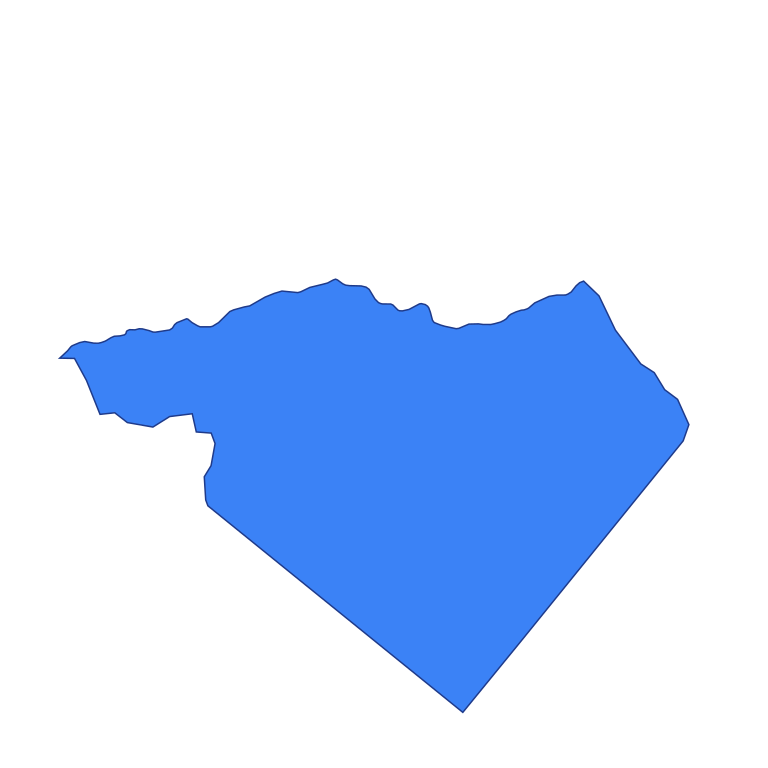 outline of Buffalo, Wisconsin, United States of America, rotated 129°
{"feature_id": "52423323B72529674503227", "entity_name": "Buffalo", "entity_type": "district", "adm_level": 2, "iso_a3": "USA", "parent_name": "United States of America", "parent_adm1": "Wisconsin", "projection": "natural_earth1", "projection_center": [-91.809, 44.311], "detail": "fine", "context": "isolated", "style": "filled", "palette": "blue", "viewbox_px": 768, "rotation_deg": 129, "n_neighbors": 0, "source": "geoboundaries", "source_scale": "gbopen_adm2", "svg_char_len": 1767}
<svg xmlns="http://www.w3.org/2000/svg" viewBox="0 0 768 768"><g transform="rotate(129 384 384)"><path d="M499.8,115.7L319.9,115.7L239.9,115.7L223.7,121.5L211.2,146.2L211.8,162.3L205.1,181.1L206.8,197.1L196.5,238.1L180.2,272.4L178.4,293.6L182.1,295.7L186.8,296.5L194.7,296.4L198.5,297.7L200.7,299.0L206.1,305.6L212.1,310.9L226.1,317.9L234.1,319.4L235.8,320.2L238.3,321.8L239.5,323.0L240.3,323.8L244.9,326.8L249.9,329.3L252.3,329.9L256.3,330.0L259.0,330.8L262.5,332.4L267.4,335.9L270.5,338.4L275.4,344.5L277.8,348.4L284.0,355.7L293.7,360.9L295.6,362.7L300.8,372.9L302.6,377.2L304.6,383.5L304.5,384.5L303.9,386.5L299.0,393.2L296.7,397.0L296.1,399.1L296.3,401.9L298.1,405.7L299.5,406.9L310.3,411.5L315.6,415.7L317.3,418.0L317.8,419.6L317.0,426.7L317.6,429.1L322.7,435.5L323.6,437.3L324.2,439.5L323.6,444.6L319.8,455.1L320.0,458.9L322.2,463.5L329.2,472.6L331.3,476.0L332.1,479.2L332.4,485.6L333.0,487.6L335.1,488.9L341.0,491.4L345.5,494.7L355.6,502.4L364.7,506.7L367.2,508.5L376.0,521.8L382.8,526.4L391.3,531.1L407.8,537.5L412.2,541.2L421.0,547.5L424.7,549.4L440.4,551.2L447.1,553.6L448.5,554.7L448.9,555.0L455.3,562.9L456.1,565.6L457.1,571.9L457.0,577.3L457.6,578.5L466.6,583.5L469.6,584.1L473.7,583.6L476.9,584.6L487.7,594.4L489.0,596.2L490.3,600.1L493.2,606.4L495.1,609.0L498.6,611.6L501.9,615.9L504.2,617.1L505.2,617.2L507.3,616.3L509.1,616.6L512.7,619.4L516.7,623.7L519.8,625.3L526.1,627.6L529.7,629.8L532.0,631.6L534.8,635.1L539.3,643.3L543.4,646.6L550.4,650.4L552.3,650.8L557.4,650.8L568.0,652.3L558.9,640.6L568.5,617.4L586.3,585.6L575.8,575.1L575.5,559.2L562.9,536.5L544.2,530.1L527.8,514.3L539.4,499.7L530.9,487.4L536.6,477.8L556.3,467.0L569.2,465.3L586.3,449.6L589.5,444.2L589.6,116.1L499.8,115.7Z" fill="#3b82f6" stroke="#1e3a8a" stroke-width="1.5"/></g></svg>